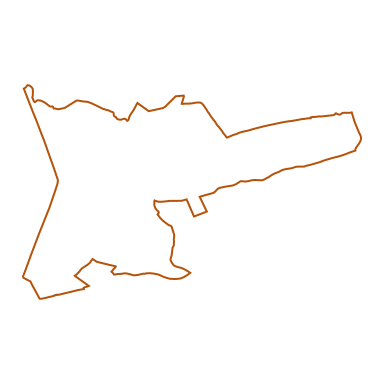 Plopeni, Prahova, Romania (Robinson projection)
{"feature_id": "2599482B12764649469915", "entity_name": "Plopeni", "entity_type": "district", "adm_level": 2, "iso_a3": "ROU", "parent_name": "Romania", "parent_adm1": "Prahova", "projection": "robinson", "projection_center": [25.96, 45.044], "detail": "fine", "context": "isolated", "style": "outline", "palette": "amber", "viewbox_px": 384, "rotation_deg": 0, "n_neighbors": 0, "source": "geoboundaries", "source_scale": "gbopen_adm2", "svg_char_len": 5952}
<svg xmlns="http://www.w3.org/2000/svg" viewBox="0 0 384 384"><path d="M355.4,150.6L355.3,150.0L355.4,149.1L356.0,147.8L359.0,143.6L360.3,141.4L360.7,140.2L360.9,139.1L361.0,137.4L360.8,136.3L358.3,130.9L354.7,122.1L351.7,112.4L350.1,112.8L344.5,112.8L342.5,112.9L342.4,113.0L341.5,113.6L340.5,114.4L340.0,114.5L339.2,114.6L338.6,114.5L337.2,114.0L336.0,113.3L335.5,113.4L335.3,113.9L335.0,114.2L334.3,114.7L333.7,115.0L332.9,115.2L327.3,115.8L323.1,116.3L320.7,116.5L319.6,116.5L318.8,116.3L318.4,116.5L315.3,116.9L312.5,117.0L310.7,117.4L310.7,118.2L307.4,118.4L303.5,119.0L302.0,119.1L301.0,119.2L299.6,119.6L298.2,119.8L294.5,120.5L290.9,121.1L288.6,121.3L284.2,122.0L282.2,122.4L274.6,124.0L264.8,126.1L261.8,126.8L259.6,127.4L252.7,129.2L247.3,130.8L244.1,131.4L241.4,132.1L239.4,132.7L236.4,134.0L233.2,135.0L229.6,136.5L228.3,137.1L226.9,137.6L226.4,137.1L226.0,136.5L224.2,134.2L223.5,133.4L222.7,132.2L222.1,131.2L221.2,130.0L219.3,127.5L217.3,125.3L214.9,121.5L214.1,120.5L213.6,120.1L213.4,119.6L212.5,118.5L210.9,116.4L210.2,115.3L209.5,114.1L208.8,113.1L208.2,112.4L207.6,111.6L207.1,110.5L203.7,105.4L202.1,103.6L201.6,103.3L200.4,102.6L199.7,102.5L198.1,102.5L197.3,102.5L194.9,102.8L192.4,103.3L189.1,103.6L188.1,103.7L185.9,103.6L184.7,103.7L182.6,103.9L182.1,103.9L181.7,103.8L181.9,103.1L182.5,101.3L182.6,100.8L183.0,99.5L183.1,99.2L183.7,97.3L183.9,96.6L183.8,95.9L183.7,95.6L175.6,96.3L172.8,99.2L170.3,101.6L165.6,106.3L165.0,106.9L164.0,107.5L162.4,108.2L159.6,108.8L148.6,111.2L148.2,110.8L144.2,107.9L137.4,103.0L136.6,104.3L135.5,106.6L133.4,110.4L133.1,110.7L132.3,112.0L131.3,113.3L130.0,115.5L129.0,117.7L128.7,119.1L128.7,119.7L127.2,120.8L126.2,119.7L125.8,119.3L125.4,119.0L124.7,118.7L123.9,118.8L123.1,119.0L121.1,119.7L120.2,119.7L119.1,119.6L117.9,119.2L117.4,119.0L116.6,118.4L116.4,118.1L116.1,117.3L115.8,117.1L115.6,116.9L114.8,116.6L114.1,116.0L113.8,115.2L113.7,114.3L113.6,113.2L113.4,112.7L113.0,112.3L112.6,112.1L110.5,111.4L109.9,111.1L108.7,110.4L107.2,110.1L106.1,109.8L102.9,108.8L101.1,108.0L100.1,107.4L97.6,106.2L95.6,105.2L94.8,104.9L93.5,104.2L91.3,103.2L89.3,102.4L87.2,101.8L83.8,101.5L82.8,101.4L78.8,100.7L77.6,100.5L77.1,100.5L76.6,100.6L76.2,100.8L74.9,101.6L73.2,102.6L71.8,103.6L70.1,104.5L69.3,105.0L68.4,105.7L66.9,106.5L65.1,107.7L64.3,108.0L63.5,108.2L60.7,108.8L58.3,109.2L57.5,109.2L55.8,108.6L54.8,108.5L54.2,108.6L53.8,108.5L53.5,108.2L53.0,106.9L52.5,106.5L52.2,106.4L51.2,106.5L50.8,106.5L50.3,106.5L50.0,106.4L49.6,106.2L45.7,103.2L44.3,102.3L42.0,101.1L41.1,100.7L39.5,100.4L38.2,100.3L37.5,100.3L36.8,100.7L35.5,101.7L35.0,102.0L34.6,102.0L34.3,101.8L33.9,101.4L32.4,97.7L32.3,97.2L32.6,96.3L32.8,95.6L32.8,94.6L32.9,90.8L32.8,89.6L32.7,88.7L31.8,87.5L31.0,86.6L30.1,86.0L29.5,85.6L28.6,85.3L27.7,85.2L27.0,85.6L25.9,87.2L24.7,88.2L23.8,88.6L32.0,109.7L34.5,116.0L36.4,120.6L42.0,135.3L43.9,140.0L51.3,161.0L53.0,165.6L55.6,173.2L56.3,175.4L57.0,177.3L57.7,179.6L57.9,180.6L57.8,181.4L57.5,183.6L54.9,191.7L52.9,197.5L49.9,206.3L49.3,208.0L38.8,234.3L30.9,255.2L28.7,261.3L25.3,270.6L23.2,275.9L23.0,276.7L23.6,277.9L24.4,278.2L26.2,279.3L30.4,281.4L31.6,283.9L32.3,285.3L37.5,294.8L37.9,295.6L39.6,298.7L40.7,298.8L41.8,298.7L46.4,297.7L49.9,296.8L51.6,296.5L55.1,295.4L55.0,295.2L57.1,294.7L57.2,294.9L58.6,294.8L64.7,293.3L74.8,290.9L77.3,290.2L83.9,289.0L83.6,287.9L84.6,287.3L86.6,286.7L87.6,286.5L88.8,285.9L75.1,276.1L74.8,275.8L76.7,274.3L79.5,271.4L80.6,269.9L81.9,268.5L82.4,268.1L87.3,264.9L88.6,263.9L90.0,262.6L90.5,262.0L90.8,261.2L92.6,259.0L96.8,261.8L109.8,265.0L115.7,266.3L115.6,266.8L115.4,267.3L114.6,268.1L114.1,268.6L113.5,269.1L113.1,269.8L111.5,271.7L112.8,272.9L114.1,274.6L115.3,274.5L116.4,274.2L117.7,274.0L120.9,273.9L122.9,273.6L123.8,273.4L125.4,273.3L127.3,273.6L129.8,274.2L133.2,275.2L134.6,275.3L136.6,275.1L138.0,274.9L139.0,274.7L142.1,273.9L143.0,273.7L143.8,273.7L145.1,273.8L145.4,273.6L146.5,273.3L147.2,273.3L150.0,273.2L153.0,273.5L157.5,274.3L159.3,274.9L161.7,276.0L164.2,277.1L168.1,278.3L169.3,278.6L170.0,278.8L172.8,278.9L174.4,279.0L176.9,278.9L178.8,278.7L180.9,278.4L181.5,278.1L182.4,277.7L183.9,277.1L184.3,276.9L185.3,276.2L186.7,275.4L188.3,274.3L190.2,272.8L186.3,270.3L183.6,268.9L181.0,267.8L177.8,267.1L176.5,266.7L175.5,266.2L174.0,265.5L173.2,264.6L172.0,263.0L171.1,261.3L170.6,260.2L170.5,259.7L170.6,259.0L170.8,258.0L171.6,255.5L171.7,254.8L172.0,252.3L172.3,250.6L172.3,249.9L172.5,248.3L172.6,247.7L173.0,246.9L173.7,245.6L173.8,245.4L173.8,245.2L173.9,243.3L174.0,241.5L174.0,240.9L173.9,240.6L173.8,239.2L174.2,235.8L174.2,235.0L173.9,233.8L173.0,231.0L172.0,228.1L171.8,227.1L171.5,226.5L171.4,226.3L170.9,226.0L170.5,225.7L169.2,225.3L168.6,225.0L164.9,222.3L162.5,220.3L160.9,218.7L160.1,217.8L159.4,216.8L158.6,215.8L157.6,214.6L157.9,213.9L158.3,213.5L158.6,213.1L158.8,212.6L158.6,212.0L158.4,211.6L158.0,211.3L157.4,210.6L156.7,210.0L156.1,209.3L155.8,208.7L155.2,207.9L155.0,207.2L154.5,205.8L154.2,204.4L154.2,204.0L154.4,203.4L154.4,202.6L154.3,201.6L154.4,201.1L154.6,200.5L155.2,200.8L157.1,201.4L158.4,201.7L160.2,201.8L161.7,201.7L163.5,201.6L166.2,201.3L169.6,200.9L171.3,200.9L181.6,200.8L186.6,199.4L194.0,216.5L206.8,211.6L199.7,196.8L203.0,195.8L212.0,193.3L213.9,192.7L214.2,192.3L215.0,191.7L217.9,188.7L219.4,187.9L226.8,186.4L229.7,186.0L230.1,185.9L232.1,185.6L233.6,185.2L235.1,184.6L236.1,184.1L239.8,181.7L240.6,181.3L241.7,181.2L243.1,181.3L244.7,181.5L245.9,181.5L248.7,181.1L250.4,180.6L252.2,180.2L253.4,180.1L255.0,180.0L261.4,180.3L262.4,180.2L264.0,179.6L267.0,177.9L268.7,177.1L270.5,175.8L273.5,174.0L275.4,173.2L277.3,172.5L279.2,171.7L282.3,170.0L285.0,169.3L286.5,169.0L291.2,168.3L293.0,167.8L295.7,166.9L296.7,166.7L299.6,166.6L302.9,166.6L304.7,166.5L305.6,165.9L310.6,164.8L312.4,164.2L316.2,163.2L319.2,162.3L324.6,160.3L332.3,158.0L338.7,156.4L341.4,155.6L345.7,154.1L350.5,152.2L354.5,150.9L355.4,150.6Z" fill="none" stroke="#b45309" stroke-width="2"/></svg>